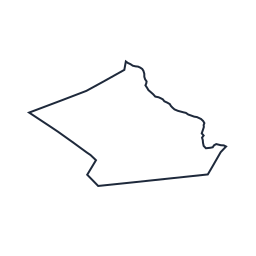 outline of Olivedos, Paraíba, Brazil, rotated 285°
{"feature_id": "56859067B6926108859412", "entity_name": "Olivedos", "entity_type": "district", "adm_level": 2, "iso_a3": "BRA", "parent_name": "Brazil", "parent_adm1": "Paraíba", "projection": "robinson", "projection_center": [-36.214, -6.971], "detail": "fine", "context": "isolated", "style": "outline", "palette": "slate", "viewbox_px": 256, "rotation_deg": 285, "n_neighbors": 0, "source": "geoboundaries", "source_scale": "gbopen_adm2", "svg_char_len": 1060}
<svg xmlns="http://www.w3.org/2000/svg" viewBox="0 0 256 256"><g transform="rotate(285 128 128)"><path d="M117.3,28.5L108.8,54.0L106.3,61.3L99.5,79.5L93.8,94.2L92.2,98.8L88.6,105.4L72.3,100.7L64.3,114.2L76.6,146.4L90.5,182.5L103.8,217.1L112.9,219.6L128.7,223.8L135.5,227.5L136.0,225.0L135.4,222.2L135.3,217.4L133.6,215.6L131.3,214.8L130.2,212.6L128.6,208.5L130.3,205.7L133.3,204.2L135.8,203.3L137.8,202.0L140.3,203.0L141.9,200.6L146.1,200.9L148.6,201.0L150.4,200.3L152.5,200.5L154.2,198.8L155.6,196.2L156.4,191.8L156.1,189.0L156.4,185.6L156.6,182.7L157.6,180.0L157.5,177.6L157.5,175.5L157.5,171.7L158.0,168.1L159.3,165.5L160.5,163.6L161.9,162.2L162.7,159.2L163.2,156.2L164.7,154.2L165.2,152.0L165.6,149.6L165.4,146.2L167.1,143.6L168.7,140.4L169.9,137.9L171.7,136.1L173.7,133.8L175.8,134.1L177.8,133.9L179.5,131.9L181.7,130.5L184.6,129.7L187.2,128.1L188.7,126.5L189.5,124.2L189.9,121.8L189.5,119.3L189.4,116.5L190.3,113.9L190.8,111.0L191.7,108.7L183.2,109.4L165.7,91.4L153.1,78.2L137.8,57.1L117.3,28.5Z" fill="none" stroke="#1e293b" stroke-width="2"/></g></svg>